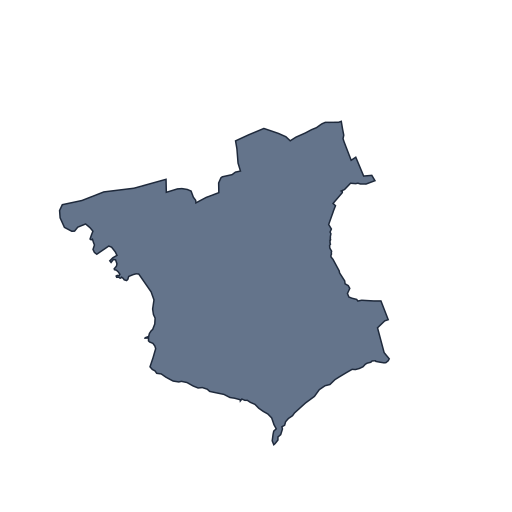 outline of Leimatu'a, Vava'u, Tonga, rotated 229°
{"feature_id": "48082658B84329148637899", "entity_name": "Leimatu'a", "entity_type": "district", "adm_level": 2, "iso_a3": "TON", "parent_name": "Tonga", "parent_adm1": "Vava'u", "projection": "robinson", "projection_center": [-173.972, -18.596], "detail": "fine", "context": "isolated", "style": "filled", "palette": "slate", "viewbox_px": 512, "rotation_deg": 229, "n_neighbors": 0, "source": "geoboundaries", "source_scale": "gbopen_adm2", "svg_char_len": 3163}
<svg xmlns="http://www.w3.org/2000/svg" viewBox="0 0 512 512"><g transform="rotate(229 256 256)"><path d="M301.7,408.7L302.7,406.1L308.6,399.2L311.4,396.0L312.5,392.5L312.8,390.0L313.2,385.8L314.9,380.8L316.5,373.9L319.5,364.1L320.5,357.4L326.4,356.8L333.7,353.4L339.6,350.0L346.6,345.9L347.1,345.6L352.3,329.9L356.3,316.1L349.4,311.9L337.9,303.4L330.3,300.0L332.8,295.5L333.1,291.3L337.9,282.5L338.0,280.8L335.6,275.7L328.2,269.5L332.9,256.8L335.5,245.5L337.6,247.0L341.5,247.3L347.6,249.6L351.3,247.8L355.5,244.3L358.2,240.7L362.9,230.1L372.9,238.4L387.2,208.4L404.2,183.2L412.1,161.0L421.8,143.5L419.2,137.6L413.3,133.2L403.3,130.2L395.5,133.2L393.8,135.4L394.7,140.4L392.0,148.4L386.2,149.3L381.7,149.2L380.1,146.1L377.7,141.9L376.4,142.2L376.0,143.6L372.8,142.2L370.3,141.3L367.9,137.3L364.7,136.4L361.8,137.0L361.1,142.9L360.1,151.4L357.4,152.8L351.4,152.5L347.7,151.5L348.6,146.8L348.3,142.5L346.2,142.4L346.9,146.1L345.2,147.5L341.3,145.9L339.9,144.0L339.4,140.6L338.5,140.2L336.9,141.3L334.6,141.6L331.5,141.3L331.0,140.0L332.4,138.5L332.6,137.3L331.3,136.9L330.0,138.5L328.4,138.9L328.1,139.6L328.2,140.7L326.1,141.1L324.5,140.9L322.4,142.2L322.4,143.8L324.1,146.5L322.5,151.2L321.2,153.9L319.3,155.7L297.7,153.3L295.7,152.5L289.8,150.2L283.8,143.2L279.1,140.2L275.3,139.1L271.1,135.0L268.3,129.7L268.4,128.2L267.5,124.8L265.7,122.2L267.0,118.8L266.8,118.4L264.6,121.1L262.5,119.2L260.9,119.3L257.7,120.9L254.4,120.6L251.9,119.5L246.8,111.6L241.9,103.3L238.4,103.3L235.6,104.4L232.6,104.1L229.2,107.1L223.3,108.6L216.0,111.4L211.6,115.1L210.3,117.5L205.8,120.9L199.1,123.3L194.4,125.7L191.9,129.2L187.5,131.8L184.2,132.2L180.2,135.2L172.6,141.0L166.3,143.5L162.9,146.4L157.9,149.8L156.9,149.1L157.3,151.5L154.4,152.9L152.7,154.8L149.3,155.7L144.7,157.9L139.3,158.2L134.0,159.5L129.0,161.3L123.5,161.6L116.9,158.9L112.3,157.9L112.2,154.5L110.3,152.0L105.9,147.0L101.9,145.6L101.9,147.3L102.7,151.8L105.0,153.8L105.0,157.5L108.1,162.5L110.1,163.5L109.5,166.6L111.5,169.6L112.1,173.9L111.5,178.8L112.3,182.0L112.6,196.9L111.7,208.0L113.6,216.1L112.8,223.0L110.5,227.5L110.9,234.5L110.1,239.7L108.7,247.6L107.4,254.2L105.1,256.5L103.3,260.2L102.2,264.1L102.6,267.3L102.2,269.6L100.5,272.9L100.6,274.8L98.6,277.4L97.8,277.3L94.4,280.0L91.4,282.5L90.3,284.0L90.2,287.0L91.0,289.1L99.0,289.3L122.1,300.6L122.6,310.6L121.2,314.0L140.1,320.8L144.8,315.4L148.6,311.5L153.3,306.7L155.2,303.3L157.2,303.5L161.2,300.7L164.1,299.2L167.7,300.4L170.0,305.5L173.1,306.2L176.6,305.0L179.0,306.6L188.5,308.0L190.1,309.0L203.0,311.9L206.1,312.0L207.4,313.1L207.9,314.2L209.2,315.1L210.0,316.2L213.6,316.9L215.7,318.5L216.1,320.0L217.0,320.2L217.6,320.8L218.1,320.9L218.8,322.0L219.3,322.1L219.1,322.5L219.5,323.1L220.3,323.3L220.8,324.1L221.4,324.3L222.4,325.5L223.6,327.1L225.5,327.6L226.9,330.6L232.1,331.5L238.8,343.4L239.0,343.6L241.8,349.0L245.1,348.6L245.9,354.0L247.2,362.7L248.0,363.4L249.1,363.0L248.1,366.5L248.9,375.1L245.2,378.7L244.1,380.7L243.4,381.1L241.9,382.0L238.1,386.3L234.8,395.2L240.9,396.3L245.7,389.7L265.1,396.1L265.8,390.6L284.5,397.4L287.5,398.7L289.6,401.5L295.0,404.6L301.7,408.7Z" fill="#64748b" stroke="#1e293b" stroke-width="1.5"/></g></svg>